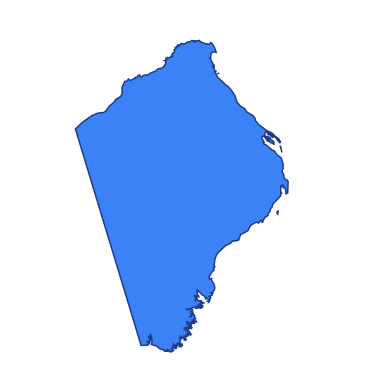 Western Australia, Albers equal-area conic projection, rotated 160°
{"feature_id": "AUS-2651", "entity_name": "Western Australia", "entity_type": "State", "adm_level": 1, "iso_a3": "AUS", "parent_name": "Australia", "parent_adm1": "", "projection": "albers", "projection_center": [121.445, -24.431], "detail": "fine", "context": "isolated", "style": "filled", "palette": "blue", "viewbox_px": 384, "rotation_deg": 160, "n_neighbors": 0, "source": "natural_earth", "source_scale": "10m", "svg_char_len": 5887}
<svg xmlns="http://www.w3.org/2000/svg" viewBox="0 0 384 384"><g transform="rotate(160 192 192)"><path d="M280.0,291.1L270.9,295.0L260.2,298.0L253.3,298.3L247.7,296.9L245.7,297.4L240.3,300.9L234.1,303.3L232.2,305.0L226.3,306.2L223.8,308.6L222.1,314.1L217.2,319.0L215.6,318.3L213.1,319.9L212.6,318.5L211.6,317.9L206.9,318.3L206.4,319.1L204.1,318.5L203.1,319.1L203.0,319.9L201.2,319.9L201.0,318.2L200.2,317.2L197.8,318.2L192.7,317.2L190.8,317.9L184.1,318.2L182.2,319.3L177.8,318.7L175.6,319.5L173.0,321.6L171.9,323.9L172.9,324.9L171.2,324.7L170.8,326.4L170.1,325.7L169.3,326.9L168.0,326.1L164.9,325.9L165.5,326.5L163.7,327.3L163.7,328.4L160.6,329.8L160.1,331.9L157.5,332.6L158.0,333.5L156.9,333.2L153.9,333.8L155.8,334.5L155.0,335.0L152.3,334.1L151.6,335.3L148.4,333.8L146.8,333.7L146.2,334.5L141.7,333.9L140.7,334.5L137.9,333.2L139.1,333.1L137.8,332.0L137.7,332.8L133.3,331.9L132.5,330.2L129.0,326.9L125.3,325.1L124.1,325.2L123.4,326.0L122.2,324.5L121.4,319.4L121.5,314.9L123.9,316.4L125.8,316.2L127.4,314.5L128.5,311.8L129.3,311.6L129.4,311.2L129.2,310.2L129.0,311.5L128.9,308.0L127.9,303.1L128.9,301.1L128.3,303.1L129.2,304.7L128.5,302.7L129.7,302.3L129.1,301.4L129.2,298.7L128.5,297.9L129.2,297.8L129.4,296.7L128.7,291.2L123.6,280.9L122.0,278.8L120.4,274.8L118.8,268.3L118.9,260.8L117.0,255.9L114.1,252.4L113.0,248.2L108.5,242.8L107.5,239.6L107.9,237.2L106.1,232.3L100.6,223.9L97.1,220.6L95.1,217.2L96.5,218.2L96.7,215.0L97.2,218.7L98.0,220.1L97.4,215.2L97.9,217.3L98.6,217.1L99.2,221.4L99.8,218.7L100.2,222.5L100.9,220.7L101.5,223.6L103.2,222.8L103.8,221.7L103.9,219.3L102.6,218.0L101.4,217.8L100.0,216.0L99.7,214.1L97.9,211.3L98.8,208.3L99.0,209.5L101.6,212.0L102.0,213.2L101.9,217.4L102.7,217.5L103.3,216.3L103.2,213.9L103.9,214.3L104.0,216.2L105.5,219.8L106.6,220.5L108.0,218.7L107.2,214.2L108.2,214.3L108.0,212.3L106.7,211.6L102.0,203.5L100.7,202.7L99.3,197.7L96.5,193.6L96.9,186.8L98.5,182.8L100.4,180.4L99.9,176.5L100.6,174.9L100.4,173.3L99.7,171.4L98.5,170.7L98.2,168.7L102.4,158.4L104.2,158.1L103.2,163.0L103.7,165.0L104.5,164.8L104.0,167.4L104.7,167.6L106.0,166.4L106.6,167.1L108.4,162.5L108.2,160.4L108.9,160.9L110.0,158.1L120.1,153.0L121.8,150.6L124.1,149.2L125.5,146.9L128.1,145.6L128.6,143.9L131.8,143.3L134.8,141.1L135.9,139.4L136.5,139.5L135.8,141.1L136.8,141.8L140.4,140.1L140.8,141.1L142.4,141.7L146.9,140.9L149.0,140.1L152.8,136.5L160.9,135.3L164.5,131.0L165.3,131.6L165.7,130.9L169.1,131.4L170.7,132.3L172.5,130.9L178.8,130.1L187.8,126.3L190.8,124.2L193.6,120.8L196.4,115.2L196.1,113.9L198.0,113.2L197.6,112.2L198.6,110.6L199.8,110.6L205.4,106.0L205.4,104.2L203.2,104.1L203.7,103.2L203.6,100.5L202.9,98.5L203.2,94.5L204.6,92.2L207.2,90.6L207.1,89.9L208.7,90.6L207.8,89.2L208.5,88.1L211.6,88.1L210.7,87.1L210.8,85.8L212.5,84.5L212.9,83.2L214.2,82.8L213.9,83.4L214.6,84.0L213.8,84.0L213.4,85.5L214.5,87.0L215.6,86.9L215.1,88.0L215.8,88.5L215.7,89.9L217.2,91.3L221.1,99.1L221.1,96.0L222.1,93.7L221.3,92.4L221.5,91.0L225.5,94.1L224.1,91.2L224.9,91.6L224.7,90.5L226.1,89.0L225.9,88.6L225.5,89.4L224.1,89.8L223.0,87.7L220.5,86.5L221.8,85.1L220.5,85.4L219.4,84.3L220.3,84.5L219.9,84.0L222.2,84.8L221.5,84.6L222.4,84.3L220.5,83.2L223.1,83.6L222.1,82.7L223.1,82.9L223.1,82.3L220.9,81.3L221.3,80.2L223.3,79.7L224.4,80.4L223.9,80.6L224.5,81.1L223.4,81.3L225.1,82.2L225.1,83.6L225.5,82.4L226.8,82.9L226.2,81.8L226.7,81.6L225.7,80.8L228.5,81.6L229.7,83.2L231.2,83.4L231.8,82.7L238.1,83.8L235.8,82.7L232.0,82.4L231.8,80.9L232.5,78.8L233.6,80.4L234.6,79.6L234.8,76.7L236.5,75.5L234.9,75.5L233.2,78.0L232.6,75.7L232.2,76.3L231.9,73.7L232.6,72.9L231.9,71.7L232.9,71.7L233.2,70.9L235.2,71.5L235.4,70.3L235.9,71.1L236.6,69.5L235.8,69.4L235.7,68.1L236.9,68.6L236.7,69.2L237.5,68.7L237.8,69.5L239.0,69.6L240.0,70.5L239.8,71.2L240.7,71.5L240.8,70.9L242.4,71.8L241.0,70.4L242.0,69.1L240.6,68.6L239.0,69.3L238.6,68.8L240.9,67.0L238.4,68.1L238.0,67.0L238.6,66.2L239.8,66.6L240.4,66.2L240.2,64.4L241.3,64.6L241.0,65.3L241.8,65.4L242.3,67.1L242.1,65.3L242.3,65.0L243.9,66.8L245.8,66.8L244.9,65.7L245.8,65.1L242.6,64.2L244.2,63.4L242.9,62.8L242.0,61.4L244.2,60.1L243.4,59.8L244.9,58.3L244.8,59.7L245.4,58.8L246.0,60.2L246.8,58.2L248.0,59.0L248.1,55.0L250.0,55.4L249.7,56.2L249.0,56.2L249.3,58.5L248.6,60.2L250.0,57.1L249.9,58.1L251.5,57.9L251.2,59.6L252.3,60.4L252.4,58.8L253.9,58.7L253.2,57.0L254.3,56.6L254.3,55.1L255.4,54.6L255.3,53.2L253.5,52.9L253.4,51.8L254.9,52.3L253.9,50.9L255.0,50.5L254.9,51.0L255.6,50.9L255.1,52.2L256.5,51.4L255.8,53.1L256.4,53.1L256.1,54.1L257.3,55.1L258.1,54.5L257.4,53.9L257.9,52.8L259.3,51.7L261.1,51.4L259.5,53.1L260.5,53.1L260.0,53.6L261.0,54.0L261.4,55.2L262.1,53.1L262.6,53.8L263.2,53.2L262.9,52.0L264.9,51.6L263.5,49.5L264.4,49.2L264.8,49.9L265.2,49.6L264.8,49.1L266.3,48.7L267.7,50.1L267.5,50.9L268.4,52.0L269.0,50.9L269.3,51.8L269.9,51.1L271.1,52.1L271.1,51.3L272.2,51.8L272.6,53.4L275.3,55.1L278.8,60.5L279.5,60.4L282.3,62.5L281.7,63.1L281.8,64.1L280.8,64.4L279.6,70.2L279.9,71.7L279.2,72.9L280.2,72.0L280.7,68.8L282.7,71.8L281.7,67.1L283.3,65.2L283.7,67.0L283.9,66.3L284.6,67.0L285.0,67.1L284.5,63.8L286.3,63.3L292.3,65.2L280.0,291.1ZM94.8,214.4L95.6,217.0L92.3,212.2L91.7,208.9L92.2,208.3L92.8,208.4L94.6,213.6L94.4,214.7L94.8,214.4ZM119.4,142.7L118.8,144.4L117.6,144.6L119.0,141.9L119.4,142.7ZM234.6,69.1L235.5,70.0L234.0,70.6L234.6,69.7L233.0,69.5L234.5,68.0L234.6,69.1ZM242.4,57.5L243.0,59.5L242.1,60.2L241.6,58.9L242.1,59.0L242.4,57.5ZM283.9,64.7L284.9,67.0L283.9,65.9L283.9,64.7ZM280.9,66.8L281.6,68.1L281.5,68.9L280.7,68.1L280.9,66.8ZM93.3,205.4L93.3,202.5L93.7,201.8L93.3,205.4ZM93.8,200.2L93.7,201.6L93.9,198.4L93.8,200.2ZM232.4,68.3L232.7,68.8L231.5,68.6L232.4,68.3ZM239.2,64.0L239.2,65.2L238.4,64.4L239.2,64.0ZM260.2,50.5L260.9,50.5L261.7,50.9L260.4,50.9L260.2,50.5ZM125.7,294.7L126.6,294.3L126.9,294.4L125.7,294.7ZM128.2,296.3L128.5,297.2L128.5,297.5L128.3,297.4L128.2,296.3Z" fill="#3b82f6" stroke="#1e3a8a" stroke-width="1.5"/></g></svg>